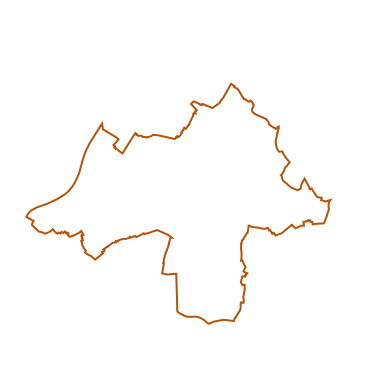 Eijsden-Margraten, Limburg, Netherlands, rotated 31°
{"feature_id": "6326949B98773621915630", "entity_name": "Eijsden-Margraten", "entity_type": "district", "adm_level": 2, "iso_a3": "NLD", "parent_name": "Netherlands", "parent_adm1": "Limburg", "projection": "albers", "projection_center": [5.788, 50.805], "detail": "fine", "context": "isolated", "style": "outline", "palette": "amber", "viewbox_px": 384, "rotation_deg": 31, "n_neighbors": 0, "source": "geoboundaries", "source_scale": "gbopen_adm2", "svg_char_len": 5954}
<svg xmlns="http://www.w3.org/2000/svg" viewBox="0 0 384 384"><g transform="rotate(31 192 192)"><path d="M79.7,179.8L79.4,190.9L79.2,203.0L79.4,205.9L79.8,210.8L80.7,216.4L82.3,222.7L85.1,232.3L85.9,236.6L86.2,238.7L86.5,241.1L86.7,244.5L86.6,249.0L85.9,253.8L85.5,255.8L84.6,258.7L81.5,265.0L79.5,268.5L75.1,274.9L73.9,276.7L70.2,281.3L67.0,285.0L65.3,287.8L63.9,290.2L63.0,293.1L62.7,295.6L62.8,298.6L65.7,298.7L66.2,298.7L66.8,298.3L67.2,298.3L68.8,298.6L70.9,298.2L71.2,298.5L71.3,298.8L71.2,300.0L71.2,301.7L71.6,302.1L71.9,302.7L80.9,304.8L81.3,304.8L82.6,304.3L85.3,303.5L86.9,303.7L87.4,303.4L89.4,301.0L90.3,299.8L91.1,298.0L91.9,295.5L94.2,296.4L95.8,296.8L97.2,297.0L98.3,296.9L98.8,295.3L100.6,295.3L100.9,293.3L102.8,293.5L103.4,291.3L104.1,291.8L104.7,292.0L104.9,291.9L105.6,292.0L105.8,291.0L106.3,291.0L106.2,291.2L107.7,291.6L107.6,292.8L110.5,293.4L110.8,292.7L111.1,292.4L112.9,290.3L115.9,285.7L116.2,285.1L117.1,282.5L119.8,283.9L120.8,284.6L119.6,285.3L120.7,286.1L120.0,286.9L121.5,287.9L121.7,287.7L122.2,288.1L121.8,288.7L123.1,289.5L122.9,289.8L123.2,289.8L123.3,289.9L122.4,291.1L123.7,292.2L125.8,294.4L129.5,296.4L131.3,297.0L131.3,298.0L131.5,298.9L132.1,299.1L134.8,299.2L136.6,299.1L138.2,298.8L139.4,299.1L142.4,299.6L144.0,299.7L144.3,298.5L146.3,293.2L146.3,292.8L147.4,290.5L145.7,290.0L146.4,288.9L147.0,288.5L147.2,288.0L147.0,287.9L146.9,287.7L146.7,287.2L146.9,286.9L146.8,286.4L146.4,286.2L145.9,286.4L147.4,282.5L147.8,282.6L148.2,281.2L149.8,277.4L151.3,275.2L152.6,274.3L152.1,273.3L153.8,272.5L154.1,272.1L153.7,271.7L155.2,269.6L156.9,268.0L157.6,267.3L159.4,266.4L161.0,264.3L162.0,262.4L162.7,263.0L165.8,259.0L167.5,259.4L167.8,258.8L170.5,254.8L171.1,253.8L171.4,252.9L171.9,252.3L172.9,252.8L173.7,251.6L174.7,250.8L181.8,242.5L187.4,241.8L191.4,241.4L192.0,241.3L192.8,241.0L198.2,241.6L197.8,241.8L197.2,243.2L199.3,249.5L200.2,253.6L201.5,261.0L201.8,261.3L202.0,262.0L202.3,262.7L202.5,263.8L203.2,265.4L203.9,267.7L204.6,267.5L208.3,277.1L212.1,275.9L213.7,275.2L218.2,271.8L220.7,270.3L230.6,285.8L240.8,301.7L241.2,302.0L243.7,302.4L248.9,302.0L250.8,301.8L252.6,301.1L255.7,299.4L258.9,297.2L260.2,296.5L261.8,296.0L265.0,295.5L267.8,295.5L273.0,296.4L274.1,296.4L274.3,296.2L274.6,295.7L275.5,294.7L276.7,292.8L277.5,291.9L279.7,289.9L281.8,287.9L282.7,287.2L284.5,285.6L286.6,284.4L294.3,281.1L293.6,278.4L293.8,278.3L293.9,277.1L294.1,269.0L293.8,267.7L293.5,266.6L292.5,264.7L291.7,263.7L291.2,262.3L290.8,261.5L291.7,261.0L293.2,260.5L292.7,259.0L290.1,255.7L288.2,250.5L287.1,247.9L284.9,244.5L283.2,245.9L280.4,244.3L278.6,238.3L280.9,237.4L280.6,236.4L281.0,236.3L280.7,235.0L281.1,235.0L281.3,233.2L280.0,233.3L278.9,233.5L277.1,233.5L276.9,233.0L276.7,230.8L276.6,230.6L276.6,228.8L273.1,226.7L270.3,224.7L269.4,225.6L268.3,222.9L266.9,220.3L265.9,218.8L263.3,215.4L262.2,213.6L261.6,212.3L261.2,211.8L261.3,211.8L259.9,207.7L260.1,207.6L260.2,207.3L260.2,203.6L260.3,200.6L260.2,198.7L260.7,198.5L259.2,194.5L257.9,191.6L259.2,191.2L260.6,191.2L261.7,190.9L263.6,190.1L267.1,188.4L269.8,187.6L271.7,186.8L272.3,186.7L273.5,186.0L275.3,183.6L277.8,185.2L278.2,184.3L281.9,186.2L282.2,185.5L282.9,186.0L283.6,184.9L286.0,186.3L289.9,181.4L290.4,180.4L292.6,174.0L294.4,169.4L294.5,169.2L294.2,169.1L294.4,168.7L299.5,169.8L302.4,165.4L303.5,164.2L305.3,163.3L302.9,160.2L305.1,158.4L304.9,158.2L306.2,157.2L305.8,156.8L305.8,156.7L308.0,155.4L308.7,156.5L309.2,156.2L309.3,156.3L310.5,155.6L312.1,157.6L313.5,156.4L314.4,155.6L321.3,150.9L321.1,149.4L320.4,146.0L320.1,143.9L318.9,139.5L318.8,138.0L318.7,137.5L318.3,136.5L317.9,135.9L316.8,134.5L316.2,133.6L315.2,131.8L314.8,130.7L314.8,130.3L314.7,129.4L314.7,127.6L313.1,129.4L311.7,131.2L307.2,132.3L306.9,132.5L306.7,131.7L306.4,131.2L306.2,130.1L302.2,131.8L301.1,131.5L296.0,129.1L294.1,128.2L292.8,127.3L292.1,128.3L291.7,128.8L291.4,128.9L291.2,128.4L290.3,127.6L287.5,126.0L281.6,122.6L281.9,129.5L283.2,132.6L283.5,133.2L282.8,134.2L281.7,136.0L280.1,136.2L277.3,136.8L275.1,137.0L272.4,136.8L270.6,136.5L269.2,136.0L266.8,135.9L265.0,135.6L263.8,135.1L262.4,134.0L261.2,132.5L259.6,131.8L259.9,131.4L260.0,130.7L260.0,126.3L259.8,125.5L259.4,124.4L259.3,123.9L259.3,122.8L259.4,122.3L259.8,121.0L260.4,116.3L255.9,114.7L250.7,112.4L248.6,110.7L246.0,112.6L244.0,112.0L241.4,110.2L237.8,105.8L235.6,99.8L235.1,97.6L234.8,97.5L234.9,97.4L234.8,96.7L233.9,94.7L233.8,94.3L233.7,93.3L233.6,92.7L233.4,92.3L232.9,91.8L232.6,91.3L231.8,92.7L231.3,94.8L225.6,94.6L223.3,94.3L223.1,93.9L222.8,93.6L220.9,92.4L218.8,91.5L217.9,91.3L213.3,91.8L210.8,92.2L206.2,92.7L203.7,92.4L202.7,92.3L202.2,92.0L201.1,90.5L200.9,90.2L200.2,85.9L198.9,85.0L198.0,84.5L198.0,84.4L196.6,83.9L196.0,83.4L195.6,83.6L195.4,83.5L195.0,83.7L194.3,85.3L190.4,85.2L189.3,85.0L188.9,85.7L182.9,82.7L181.1,81.5L180.7,81.4L179.5,80.8L179.5,80.7L178.1,80.5L178.0,80.2L173.7,80.2L173.8,79.3L169.8,79.2L169.7,79.3L170.2,88.8L170.1,90.4L170.3,94.2L169.9,97.6L169.7,97.7L169.8,101.5L166.3,109.4L160.0,110.5L156.6,110.8L156.7,111.4L156.5,111.6L155.0,111.7L154.9,112.9L151.1,112.8L147.0,113.3L146.1,115.4L145.9,117.1L154.2,119.5L153.8,120.7L153.1,121.7L154.7,122.8L154.0,123.2L153.1,123.3L152.8,124.0L153.2,125.5L153.7,125.7L153.8,127.4L154.5,135.0L154.4,136.2L154.9,136.2L154.5,137.8L154.1,141.2L152.2,141.0L152.2,141.3L152.5,141.3L152.5,144.2L152.0,146.3L153.1,146.6L152.8,147.9L152.8,149.4L152.1,151.8L150.5,151.7L150.1,153.1L150.7,153.2L150.1,155.4L134.7,160.5L129.2,163.0L128.2,165.2L127.2,166.4L125.1,168.2L124.8,168.7L124.7,168.6L124.8,168.4L123.4,169.2L121.5,170.1L121.4,170.2L120.9,169.8L120.1,169.9L118.7,170.3L117.9,170.8L117.6,171.3L117.5,171.2L117.3,171.2L115.1,171.7L115.0,170.9L113.0,170.7L112.8,178.7L112.8,178.9L112.8,179.7L112.8,180.0L112.5,194.7L108.9,194.6L108.9,194.4L104.2,193.7L104.1,194.2L102.4,193.9L102.6,192.6L100.5,192.2L101.0,190.3L101.9,184.7L98.9,184.2L83.5,184.1L79.7,179.8Z" fill="none" stroke="#b45309" stroke-width="2"/></g></svg>